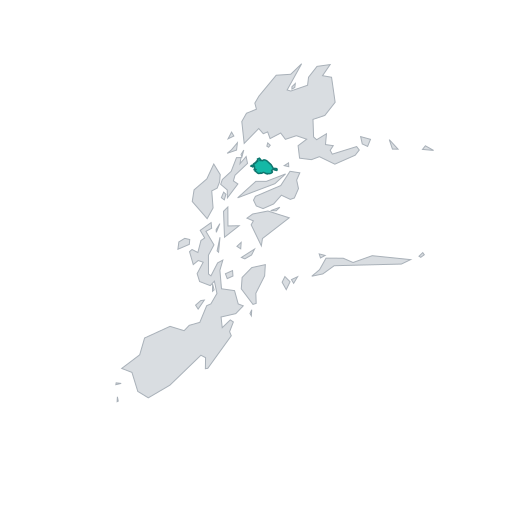 where Bohol sits in Philippines, rotated 226°
{"feature_id": "PHL-2513", "entity_name": "Bohol", "entity_type": "Province", "adm_level": 1, "iso_a3": "PHL", "parent_name": "Philippines", "parent_adm1": "", "projection": "natural_earth1", "projection_center": [124.255, 9.856], "detail": "fine", "context": "in_parent", "style": "filled", "palette": "teal", "viewbox_px": 512, "rotation_deg": 226, "n_neighbors": 0, "source": "natural_earth", "source_scale": "10m", "svg_char_len": 5550}
<svg xmlns="http://www.w3.org/2000/svg" viewBox="0 0 512 512"><g transform="rotate(226 256 256)"><path d="M240.7,76.9L258.4,85.9L268.4,81.3L265.7,103.7L274.4,118.9L265.1,145.3L252.2,152.4L252.5,159.8L247.3,169.5L254.5,186.0L252.9,190.3L256.2,201.9L266.8,208.6L266.5,202.5L276.8,197.7L284.2,201.4L288.2,213.7L292.9,211.3L293.4,204.9L305.3,211.2L305.1,214.5L298.9,216.6L305.4,227.2L304.6,231.6L313.2,233.7L311.2,246.9L306.8,243.4L308.5,237.1L293.2,233.5L289.6,222.3L276.0,209.3L273.0,209.8L277.7,223.6L276.1,229.3L270.8,220.1L256.4,208.4L246.0,216.5L233.9,209.9L229.0,212.2L228.6,201.4L236.4,188.5L227.9,181.9L227.9,193.1L224.3,193.9L219.9,184.4L215.8,182.8L208.7,143.3L210.1,141.3L217.9,149.1L222.9,147.4L222.9,104.4L228.8,80.0L240.7,76.9ZM345.2,325.7L362.6,339.2L365.3,348.3L361.3,358.3L366.8,361.4L369.0,369.3L372.0,396.1L362.6,407.2L362.6,422.4L353.8,393.7L350.5,395.6L343.0,411.7L348.1,418.0L350.0,431.6L342.2,442.3L339.5,429.1L332.1,434.5L311.6,419.7L309.3,403.2L314.7,391.9L301.6,380.1L297.5,380.4L295.0,391.6L287.9,383.4L281.7,388.2L280.5,382.8L276.3,381.6L264.8,404.4L260.5,403.9L259.6,397.4L267.3,376.5L283.4,370.6L286.8,362.8L296.1,355.3L306.1,362.9L304.8,373.6L314.5,368.6L319.5,358.2L327.3,359.2L330.7,347.7L337.2,350.6L338.9,346.2L345.8,346.5L345.2,325.7ZM293.3,339.3L285.4,345.3L282.4,338.0L275.0,333.4L271.1,323.9L272.9,320.0L282.1,316.5L281.2,304.8L285.2,294.0L291.8,291.0L297.9,293.0L299.3,297.0L289.5,322.7L293.3,339.3ZM339.5,248.0L346.6,257.4L345.6,274.2L351.5,289.5L339.4,286.8L334.6,281.3L331.8,275.2L333.6,269.4L320.4,258.5L316.8,246.8L339.5,248.0ZM259.6,266.9L281.8,274.2L283.1,278.5L289.5,275.8L288.5,282.8L280.1,295.8L260.4,306.4L264.1,272.8L259.6,266.9ZM175.5,339.8L146.0,364.7L149.2,355.0L194.7,305.5L196.7,291.6L202.7,282.1L202.0,292.2L205.8,304.9L193.8,317.2L183.9,321.3L175.5,339.8ZM223.3,220.2L242.6,222.6L250.2,231.1L250.6,244.9L243.3,256.7L235.7,248.4L229.3,230.0L221.8,223.2L223.3,220.2ZM323.5,281.2L332.1,280.4L334.4,284.9L334.1,296.9L340.3,310.3L337.2,313.6L333.5,308.6L334.4,318.0L328.5,314.2L328.7,297.0L325.7,291.9L320.4,293.0L317.7,275.8L323.5,281.2ZM294.5,334.3L294.9,319.8L310.6,283.2L309.8,307.7L302.5,315.3L294.5,334.3ZM324.0,324.9L312.7,330.2L308.1,329.5L305.3,324.0L317.8,314.4L323.6,318.2L324.0,324.9ZM291.4,246.4L310.7,263.7L310.8,269.8L297.1,256.7L289.5,264.9L291.4,246.4ZM318.2,217.0L313.9,219.8L310.7,216.1L315.1,204.5L319.7,210.3L318.2,217.0ZM269.2,414.2L260.4,419.4L257.3,412.4L262.8,410.3L269.2,414.2ZM210.8,254.4L219.0,256.6L221.1,262.5L213.8,262.6L210.8,254.4ZM259.7,219.6L264.5,221.7L261.8,229.0L257.6,225.5L259.7,219.6ZM238.1,428.4L247.1,432.7L234.2,432.4L238.1,428.4ZM350.4,321.3L345.7,315.6L349.9,306.6L349.4,312.0L350.4,321.3ZM265.1,244.5L262.0,259.8L259.8,253.5L261.7,246.0L265.1,244.5ZM217.0,449.8L217.6,454.4L208.6,457.1L217.0,449.8ZM262.6,178.4L262.3,185.3L260.2,188.2L258.0,177.5L262.6,178.4ZM278.4,298.1L274.5,307.0L274.5,301.9L278.4,298.1ZM214.4,265.1L212.2,271.5L210.2,264.1L214.4,265.1ZM324.4,277.1L321.3,277.2L318.4,272.2L322.0,271.6L324.4,277.1ZM276.2,249.0L276.1,254.8L271.8,250.0L276.2,249.0ZM362.1,324.5L357.7,323.4L359.7,317.3L362.1,324.5ZM286.7,231.6L294.5,243.1L284.7,231.7L286.7,231.6ZM213.6,302.9L208.4,306.1L209.8,301.0L213.6,302.9ZM301.4,339.1L300.4,344.1L297.5,341.6L301.4,339.1ZM302.7,245.7L304.4,252.5L300.6,243.9L302.7,245.7ZM142.6,378.3L140.0,377.9L140.6,373.6L142.6,373.1L142.6,378.3ZM329.2,343.0L325.8,343.2L325.5,340.6L327.5,340.1L329.2,343.0ZM352.8,404.1L350.3,401.0L351.1,397.8L352.8,399.4L352.8,404.1ZM218.8,211.7L220.3,215.6L216.2,211.1L218.8,211.7ZM339.4,315.7L340.7,320.8L337.0,314.6L339.4,315.7ZM261.9,67.3L258.0,70.5L260.8,65.8L261.9,67.3ZM266.0,205.3L260.7,202.3L260.8,200.2L266.0,205.3ZM247.7,54.9L251.0,58.5L247.3,56.1L247.7,54.9Z" fill="#d9dde1" stroke="#a8b0b8" stroke-width="1"/><path d="M323.3,322.5L323.0,322.8L323.4,323.4L324.7,324.5L324.1,325.9L324.1,326.3L323.8,326.4L323.2,326.4L322.6,326.3L322.2,326.2L322.2,325.7L322.1,325.4L321.7,325.4L321.6,325.6L320.8,326.5L320.6,326.6L320.3,326.7L320.1,326.9L319.9,327.2L319.9,327.6L319.9,327.9L319.8,328.2L319.6,328.5L318.9,329.1L317.9,329.6L316.8,329.9L316.0,330.0L315.0,330.0L311.3,330.3L308.2,329.6L307.1,329.2L306.6,328.9L306.4,328.4L306.5,327.8L306.6,327.2L306.7,326.7L306.4,326.4L306.0,326.3L305.5,326.3L305.1,326.2L304.9,325.7L305.0,325.1L305.1,324.4L305.6,323.3L305.9,322.9L306.7,322.1L306.9,321.7L307.0,321.3L307.1,321.2L307.5,321.4L307.8,321.1L307.9,320.8L308.0,320.6L308.8,320.3L309.9,320.0L310.9,319.5L311.4,318.6L311.4,318.0L311.5,317.6L311.8,317.3L312.5,317.1L312.5,316.9L312.4,316.6L312.5,316.4L312.7,316.2L313.0,316.0L313.1,315.8L313.5,315.2L314.1,314.9L315.1,314.7L316.0,314.7L317.7,314.4L318.1,314.7L318.3,315.8L318.5,315.6L318.9,314.9L319.3,314.7L319.3,315.0L319.5,315.6L319.8,315.9L320.1,315.8L321.2,316.9L321.5,317.2L322.2,317.1L322.5,317.2L322.9,317.5L323.6,318.0L323.9,318.2L323.8,318.9L323.8,319.4L323.7,319.7L323.4,319.3L323.3,319.8L323.3,320.2L323.3,320.5L323.1,321.0L323.5,321.4L323.8,321.9L323.8,322.3L323.3,322.5ZM305.9,328.9L306.3,329.3L306.5,329.6L306.4,329.9L305.9,330.4L305.0,331.2L304.5,331.5L304.0,331.5L303.7,331.4L303.4,330.7L303.1,330.5L303.1,330.4L303.4,330.3L303.6,330.2L303.8,330.0L304.1,329.7L304.4,329.5L305.4,329.0L305.9,328.9ZM324.3,315.0L324.1,315.4L324.0,315.9L324.1,316.3L323.9,316.5L323.6,316.4L323.2,316.5L323.0,317.0L322.7,317.2L322.4,316.7L322.3,316.2L322.3,315.8L322.4,315.6L322.6,315.7L322.8,315.7L323.0,315.4L323.4,315.3L323.7,315.1L323.8,314.9L324.0,314.8L324.3,314.8L324.3,315.0Z" fill="#14b8a6" stroke="#0f766e" stroke-width="1.5"/></g></svg>